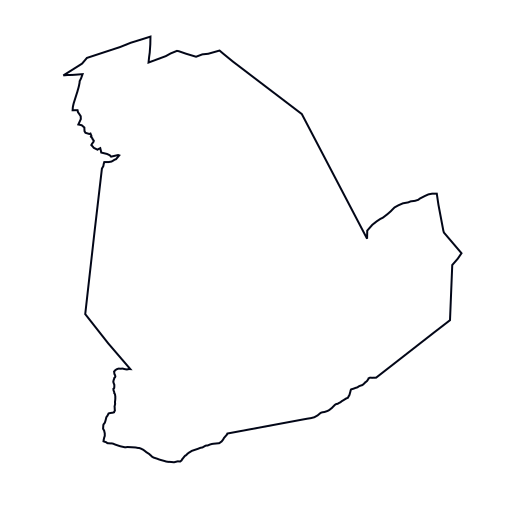 Ocotepec, Chiapas, Mexico, rotated 94°
{"feature_id": "50627088B68373629455752", "entity_name": "Ocotepec", "entity_type": "district", "adm_level": 2, "iso_a3": "MEX", "parent_name": "Mexico", "parent_adm1": "Chiapas", "projection": "natural_earth1", "projection_center": [-93.158, 17.224], "detail": "fine", "context": "isolated", "style": "outline", "palette": "ink", "viewbox_px": 512, "rotation_deg": 94, "n_neighbors": 0, "source": "geoboundaries", "source_scale": "gbopen_adm2", "svg_char_len": 4233}
<svg xmlns="http://www.w3.org/2000/svg" viewBox="0 0 512 512"><g transform="rotate(94 256 256)"><path d="M320.1,73.3L306.5,58.0L251.3,59.6L244.7,54.6L238.9,51.2L219.5,70.2L217.6,70.9L192.1,77.6L181.2,80.0L181.5,84.5L182.5,88.3L184.4,91.8L187.3,96.6L188.6,98.0L189.9,101.3L190.7,105.5L191.9,107.9L193.2,113.1L195.5,117.5L197.9,121.2L200.3,123.3L202.0,124.7L205.0,127.7L209.0,132.2L210.3,134.5L213.0,138.0L216.7,142.1L222.9,146.8L231.0,146.4L111.2,220.2L63.6,292.7L56.6,302.6L53.6,306.7L57.6,317.8L58.6,323.6L61.4,329.7L59.1,339.9L57.1,347.3L56.9,349.2L59.9,355.3L62.9,359.9L70.5,376.7L64.9,376.5L60.6,376.2L52.4,376.2L44.5,376.6L47.2,383.4L52.0,395.8L57.0,406.1L62.9,420.6L70.2,438.5L76.2,442.9L89.3,460.8L89.2,460.3L88.6,456.6L88.2,451.9L88.1,451.3L87.9,449.8L86.7,441.7L91.0,442.9L93.9,444.1L95.6,444.1L98.7,444.5L100.9,444.9L103.2,445.4L104.8,445.7L105.1,445.8L116.3,448.5L118.7,448.9L120.4,449.1L122.6,449.1L123.4,449.1L123.0,444.2L125.0,443.6L126.7,442.2L128.8,440.6L131.6,440.3L137.2,442.4L137.7,439.0L139.8,436.2L142.5,435.9L143.6,435.7L145.0,434.7L145.9,430.8L145.4,429.7L147.8,428.5L148.5,429.0L150.2,427.3L151.0,427.1L152.2,425.9L153.3,426.0L155.5,427.4L156.8,428.0L158.3,426.4L159.4,425.4L160.4,423.0L161.0,421.5L160.6,421.1L159.3,418.9L161.8,418.1L163.6,417.6L164.6,411.7L165.7,408.9L167.0,407.5L164.9,400.6L165.2,399.5L169.2,402.4L169.8,403.8L171.0,405.4L171.9,406.8L172.6,409.7L172.8,412.5L172.9,413.9L174.6,414.3L177.1,414.6L179.5,415.8L243.9,418.8L325.9,422.3L353.5,397.3L377.6,373.5L377.6,375.0L378.0,376.0L378.2,377.3L377.9,379.8L377.6,381.1L377.9,383.2L377.9,385.1L378.1,385.7L378.6,386.9L378.7,387.0L379.6,388.3L380.6,389.0L381.1,389.5L383.1,389.1L383.6,389.0L384.7,388.3L385.3,388.1L386.0,387.9L386.9,388.2L387.6,388.9L388.6,389.0L389.6,389.3L389.8,389.4L391.2,389.5L391.5,389.6L393.0,389.0L394.5,388.3L395.4,388.3L396.5,388.2L397.7,388.3L398.3,388.8L398.5,389.0L400.1,388.7L401.5,388.0L402.6,387.8L402.6,387.7L403.9,387.0L406.2,386.5L406.9,386.5L407.3,386.5L407.5,386.4L409.8,386.4L411.0,386.5L412.5,386.4L413.3,386.2L416.0,386.6L417.1,386.4L418.2,386.3L420.1,386.0L421.4,386.7L421.8,386.7L422.3,387.9L422.5,389.1L423.0,391.1L423.1,391.5L423.3,391.8L423.4,392.1L424.4,392.5L425.8,393.1L426.8,393.8L427.5,394.1L429.4,394.4L431.4,394.8L432.9,395.2L434.7,396.4L435.6,396.5L439.0,396.5L440.8,395.3L443.5,394.5L444.8,394.4L446.0,394.3L447.9,394.8L448.8,394.9L449.7,395.1L449.9,395.1L451.5,395.2L452.1,393.1L452.3,392.3L453.1,391.2L453.1,388.9L453.1,388.1L453.0,387.0L453.0,386.9L453.2,385.4L453.9,383.4L454.9,379.6L455.3,377.9L456.0,373.2L455.5,370.8L455.5,370.5L455.4,362.7L455.7,360.6L455.7,359.0L456.2,357.3L457.2,354.9L458.7,352.6L459.3,351.8L461.1,348.5L461.7,347.9L462.5,346.7L463.2,346.1L464.2,344.2L465.1,340.5L465.7,338.6L466.1,336.9L466.9,332.9L467.3,331.3L467.5,329.0L467.4,327.7L467.4,326.2L467.5,323.4L466.3,319.8L466.3,317.3L465.1,316.0L463.6,315.3L463.5,315.1L463.0,314.8L460.8,313.3L460.1,312.7L459.9,312.2L458.9,311.2L457.9,310.5L457.7,310.1L456.7,309.0L456.0,307.9L454.9,306.5L453.4,302.9L452.5,300.7L451.2,298.0L450.7,296.0L449.2,293.8L448.6,292.7L448.4,291.0L447.2,288.6L446.6,286.9L446.3,285.6L445.8,282.6L445.3,279.6L444.0,278.1L443.5,277.4L441.4,276.0L439.7,275.2L436.0,272.4L435.3,272.3L435.1,272.2L415.7,197.4L415.4,196.2L414.9,194.2L414.8,193.9L413.9,189.9L412.8,186.6L410.7,183.4L408.2,180.8L407.7,180.0L407.3,178.9L406.8,176.7L406.2,175.3L405.7,174.1L405.1,173.0L404.4,172.0L404.1,171.7L402.1,169.5L401.3,168.9L400.3,168.0L399.2,167.1L398.5,166.3L398.3,165.9L398.0,165.5L397.8,164.3L396.9,163.1L396.1,161.7L395.5,161.0L394.9,160.4L393.4,158.2L392.8,157.5L392.5,156.8L392.1,156.6L391.0,154.4L389.2,153.7L388.8,153.3L386.8,152.8L386.6,152.8L385.6,152.6L384.8,152.4L383.9,152.3L382.7,152.0L382.4,151.8L382.1,151.0L381.9,150.4L381.8,150.0L381.6,149.7L381.1,148.4L380.9,148.1L380.6,147.6L380.6,147.3L379.9,145.6L378.9,144.4L378.3,143.3L377.8,142.1L377.7,141.9L377.6,141.6L377.6,141.4L377.3,140.9L377.1,140.8L376.6,140.0L376.5,139.9L375.7,139.3L375.6,139.2L374.9,138.5L374.5,138.3L374.5,138.2L373.5,137.1L373.0,136.6L372.6,136.3L372.0,136.0L371.5,135.7L371.1,135.4L370.2,135.2L369.5,134.0L369.4,133.5L369.4,131.8L369.0,127.7L320.1,73.3Z" fill="none" stroke="#020617" stroke-width="2"/></g></svg>